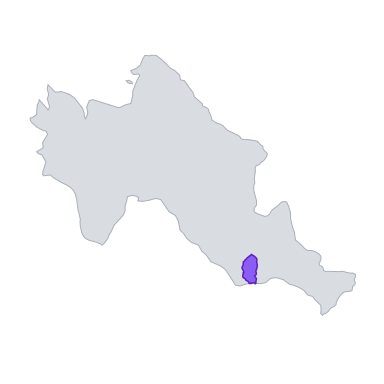 Myonggan, Hamgyŏng-bukto, North Korea (highlighted), rotated 81°
{"feature_id": "82179303B68633969029735", "entity_name": "Myonggan", "entity_type": "district", "adm_level": 2, "iso_a3": "PRK", "parent_name": "North Korea", "parent_adm1": "Hamgyŏng-bukto", "projection": "natural_earth1", "projection_center": [129.442, 41.157], "detail": "fine", "context": "in_parent", "style": "filled", "palette": "violet", "viewbox_px": 384, "rotation_deg": 81, "n_neighbors": 0, "source": "geoboundaries", "source_scale": "gbopen_adm2", "svg_char_len": 4312}
<svg xmlns="http://www.w3.org/2000/svg" viewBox="0 0 384 384"><g transform="rotate(81 192 192)"><path d="M230.6,289.4L229.0,290.3L226.2,295.1L223.7,301.1L221.2,304.4L218.4,306.2L215.3,307.2L209.3,307.7L203.8,307.3L202.0,306.6L194.5,307.0L192.4,307.4L181.6,307.0L175.9,307.5L172.3,308.6L168.7,311.1L165.5,314.7L162.7,318.7L157.0,325.8L153.0,329.3L152.9,334.4L152.8,335.9L151.4,337.0L150.9,336.5L148.6,336.1L139.5,331.5L131.9,334.3L129.9,338.0L127.9,339.2L125.0,332.0L120.0,331.8L112.3,325.5L108.9,326.8L108.0,329.3L103.7,335.1L97.6,339.9L95.6,340.5L93.4,340.2L93.8,338.9L91.4,333.5L81.9,331.3L78.6,329.0L76.9,328.5L86.2,322.5L88.6,321.4L86.9,320.0L84.9,319.4L77.3,320.3L73.3,318.3L67.5,318.9L63.5,317.4L71.9,311.5L72.3,308.0L72.3,305.4L76.6,297.5L80.9,293.2L92.0,287.1L96.8,286.2L100.2,286.5L103.1,285.9L100.1,283.6L97.2,282.5L91.6,282.7L85.7,279.2L85.3,275.4L97.0,251.9L97.2,249.8L95.5,244.1L95.0,238.5L86.9,235.3L83.3,234.9L72.9,228.6L68.8,225.4L67.1,226.4L66.8,231.4L65.3,232.5L62.5,233.5L61.2,227.8L59.0,223.6L52.2,219.4L49.7,217.1L51.0,212.0L50.4,211.6L51.6,205.9L56.0,201.6L66.5,193.8L69.2,190.2L74.6,185.9L76.9,186.0L79.4,185.7L80.2,183.8L80.7,182.3L82.9,181.0L88.0,178.6L93.8,175.5L98.4,174.7L104.1,170.0L106.4,168.0L108.7,168.0L109.4,167.0L110.7,164.6L112.5,163.0L115.0,162.7L119.1,161.6L124.2,160.9L127.7,157.0L129.0,154.2L131.3,151.1L136.2,147.8L139.6,142.9L143.4,137.5L145.2,135.8L146.9,135.4L148.0,133.4L149.2,127.7L151.0,122.2L152.1,119.5L156.4,116.7L157.5,115.3L158.4,114.8L160.4,115.2L163.1,113.5L165.6,111.7L167.9,112.3L170.2,113.9L172.6,116.9L173.7,119.4L175.6,121.4L175.9,124.4L177.8,125.7L181.9,126.3L188.6,128.4L192.9,128.5L195.3,130.0L200.5,130.8L210.8,129.6L215.0,130.3L216.8,132.2L219.4,133.7L221.1,133.8L223.4,131.2L225.8,127.1L227.5,123.9L227.4,121.4L226.0,118.7L222.6,116.2L220.4,112.3L218.3,108.3L217.1,107.0L216.0,105.1L215.9,102.1L216.6,100.1L221.7,98.7L228.3,98.0L233.6,98.8L242.5,98.2L248.0,97.1L252.0,97.3L255.8,97.2L257.4,95.5L262.6,91.4L265.1,89.9L267.9,87.1L268.3,84.2L268.9,81.9L270.4,79.3L273.1,76.2L275.5,74.8L278.0,75.0L280.8,76.4L282.5,77.8L284.4,77.4L286.1,75.0L287.1,74.5L290.2,74.3L291.2,72.8L292.4,65.5L293.6,59.8L293.8,55.9L296.6,49.3L297.4,45.3L299.1,43.5L301.0,43.6L302.6,44.8L304.6,45.5L307.3,44.8L309.1,45.8L310.3,48.0L314.3,49.4L314.7,50.5L314.6,57.6L316.8,61.0L319.7,64.0L323.7,66.8L325.8,67.4L327.1,69.4L328.3,72.8L331.2,76.1L332.7,78.5L333.0,81.0L334.3,82.4L332.0,84.0L329.0,83.0L324.0,82.5L317.7,87.4L314.2,89.1L311.7,94.0L306.8,96.8L304.0,99.9L300.5,105.2L298.2,110.3L292.9,115.5L289.8,122.1L289.6,127.8L293.0,133.5L293.3,138.5L290.9,148.6L292.3,159.4L290.8,163.6L274.3,170.9L270.0,174.6L263.9,184.2L256.6,187.7L252.0,191.6L245.6,193.9L241.5,200.7L237.0,204.5L231.7,206.8L227.7,209.8L218.8,210.0L212.5,212.1L208.0,217.7L194.5,224.1L192.7,229.0L193.5,236.5L193.5,242.2L192.3,246.9L189.4,245.6L187.8,247.1L186.0,251.5L186.5,256.5L191.1,258.1L194.9,260.1L200.2,261.1L204.1,263.4L212.4,273.9L219.2,278.6L221.0,280.3L224.9,282.6L228.5,286.2L230.6,289.4ZM74.4,237.9L71.9,239.6L71.8,236.7L73.8,234.2L75.8,233.9L74.4,237.9Z" fill="#d9dde1" stroke="#a8b0b8" stroke-width="1"/><path d="M269.0,152.3L269.3,152.3L269.7,152.3L270.5,152.6L271.3,152.7L272.2,153.0L273.1,153.5L273.8,154.1L274.4,154.4L275.1,154.4L276.0,154.3L276.6,154.1L277.3,153.8L278.0,153.5L278.9,153.3L279.7,153.5L279.8,154.1L280.8,154.2L281.8,154.7L283.0,155.0L284.3,155.0L285.1,154.2L285.8,153.2L287.0,152.7L287.8,152.4L288.3,151.4L288.9,150.7L290.1,150.1L291.3,149.8L291.5,149.4L291.4,149.1L291.2,148.6L291.6,148.0L291.6,147.9L291.6,147.7L291.4,147.7L291.2,147.4L291.2,147.1L291.3,146.8L291.3,146.7L291.4,144.6L291.6,144.3L291.8,144.3L292.0,144.2L291.6,144.0L291.7,143.8L292.1,143.7L292.3,143.5L292.0,143.1L291.0,143.1L289.1,142.4L287.8,141.9L286.5,142.4L285.6,143.1L284.7,143.4L284.3,142.4L283.7,141.8L282.9,141.2L281.5,141.2L280.5,141.3L279.8,141.2L278.8,140.6L278.1,140.1L277.3,140.0L276.5,139.5L275.1,139.2L274.3,138.9L273.1,139.0L272.1,139.2L271.3,139.0L269.2,138.6L268.3,138.4L267.3,138.9L266.4,139.5L265.3,140.4L264.8,140.9L264.3,141.5L264.0,141.9L263.7,142.5L263.0,142.9L263.1,143.2L263.3,143.6L263.5,143.9L264.1,144.8L264.4,145.6L264.8,146.0L265.1,146.7L265.5,147.6L266.1,148.2L266.7,148.9L267.4,150.2L268.4,150.8L269.0,152.3Z" fill="#8b5cf6" stroke="#5b21b6" stroke-width="1.5"/></g></svg>